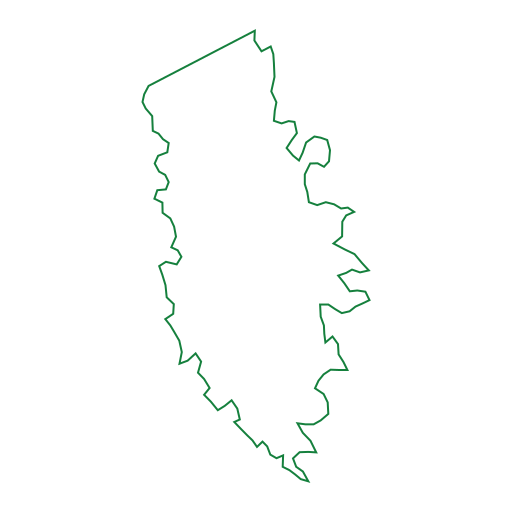 the district of Sul Brasil, Santa Catarina, Brazil
{"feature_id": "56859067B48217728090454", "entity_name": "Sul Brasil", "entity_type": "district", "adm_level": 2, "iso_a3": "BRA", "parent_name": "Brazil", "parent_adm1": "Santa Catarina", "projection": "equal_earth", "projection_center": [-52.938, -26.7], "detail": "fine", "context": "isolated", "style": "outline", "palette": "green", "viewbox_px": 512, "rotation_deg": 0, "n_neighbors": 0, "source": "geoboundaries", "source_scale": "gbopen_adm2", "svg_char_len": 2048}
<svg xmlns="http://www.w3.org/2000/svg" viewBox="0 0 512 512"><path d="M254.8,30.7L148.6,85.9L144.2,94.3L142.5,102.0L145.7,108.5L152.2,116.1L152.8,130.9L158.5,133.6L163.0,139.2L168.7,143.0L167.3,152.3L158.1,155.8L154.7,163.5L159.1,171.6L165.2,174.9L168.7,182.1L165.9,189.4L157.3,190.2L154.4,198.7L162.4,202.6L162.6,212.8L170.3,218.4L174.1,226.6L176.0,236.7L171.3,247.3L177.7,250.3L181.4,256.8L176.7,264.4L165.9,261.8L159.2,266.1L162.3,274.7L165.5,285.2L166.7,297.3L173.8,304.1L173.2,313.8L165.3,319.1L170.3,325.4L174.2,331.9L179.3,340.7L181.8,352.1L179.5,363.7L187.6,360.7L195.6,353.4L201.1,361.6L198.0,372.7L204.1,379.0L209.6,388.0L204.1,394.8L210.8,401.6L217.8,410.2L224.7,405.9L231.6,400.3L237.3,408.6L239.8,419.5L234.3,422.0L240.8,428.8L247.5,435.6L252.5,440.4L257.0,446.9L262.5,441.6L267.2,446.4L270.3,454.6L276.5,458.2L283.1,455.4L282.7,466.8L289.5,470.2L295.2,474.5L300.7,479.1L308.3,481.3L302.9,471.5L296.2,466.8L293.0,458.4L299.6,452.2L308.5,451.9L316.2,452.4L310.5,440.8L302.8,432.8L297.5,423.3L305.2,424.3L313.7,424.3L320.7,420.4L328.3,413.9L327.7,402.4L323.6,394.0L315.0,388.3L318.5,380.7L323.6,374.4L330.6,369.7L339.0,370.0L347.4,370.0L343.4,361.9L338.6,354.4L338.0,344.1L332.5,336.5L325.4,342.5L324.3,333.8L323.9,325.4L320.7,316.7L320.1,304.5L328.3,304.5L335.1,309.1L341.8,313.1L349.6,311.3L355.5,306.6L362.2,303.6L369.5,300.1L365.4,291.7L357.3,290.5L349.8,291.3L344.3,283.2L338.2,275.6L346.2,272.9L352.0,269.6L360.0,272.4L368.8,270.4L361.8,262.8L354.5,254.1L344.9,249.5L333.5,243.5L342.1,236.4L342.3,221.7L346.2,215.4L354.1,211.9L347.8,207.6L341.1,208.5L334.1,204.3L325.8,202.2L317.2,205.1L308.9,202.2L307.3,192.0L304.8,184.2L304.8,174.4L310.2,163.5L317.6,163.3L324.0,166.8L329.0,161.3L330.0,150.2L327.2,140.0L320.7,137.7L314.4,136.5L306.1,142.5L302.6,152.8L299.0,160.5L293.0,155.6L286.6,148.0L291.8,140.0L296.9,133.1L294.5,121.9L288.6,121.1L281.6,123.4L273.9,120.8L274.8,110.6L276.4,102.3L271.3,91.4L274.5,76.9L273.9,63.1L273.3,54.1L270.7,46.5L261.5,51.3L254.4,40.5L254.8,30.7Z" fill="none" stroke="#15803d" stroke-width="2"/></svg>